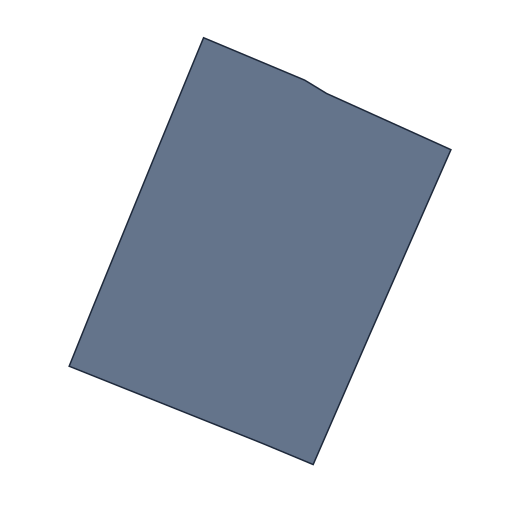 the district of Cortland, New York, United States of America, rotated 206°
{"feature_id": "52423323B21854369364698", "entity_name": "Cortland", "entity_type": "district", "adm_level": 2, "iso_a3": "USA", "parent_name": "United States of America", "parent_adm1": "New York", "projection": "orthographic", "projection_center": [-76.097, 42.599], "detail": "fine", "context": "isolated", "style": "filled", "palette": "slate", "viewbox_px": 512, "rotation_deg": 206, "n_neighbors": 0, "source": "geoboundaries", "source_scale": "gbopen_adm2", "svg_char_len": 323}
<svg xmlns="http://www.w3.org/2000/svg" viewBox="0 0 512 512"><g transform="rotate(206 256 256)"><path d="M113.2,93.6L119.2,231.3L119.3,233.1L127.4,437.0L213.2,434.5L263.8,433.0L289.3,435.4L398.8,429.2L391.3,309.3L380.1,138.3L375.6,75.0L167.8,90.4L113.2,93.6Z" fill="#64748b" stroke="#1e293b" stroke-width="1.5"/></g></svg>